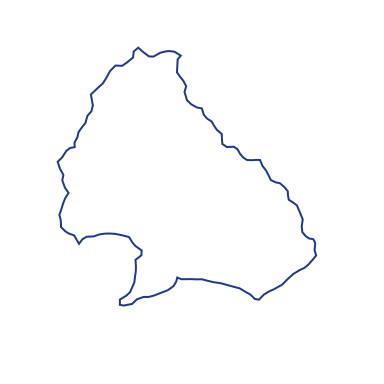 the district of Queiroz, São Paulo, Brazil, rotated 17°
{"feature_id": "56859067B20589699354509", "entity_name": "Queiroz", "entity_type": "district", "adm_level": 2, "iso_a3": "BRA", "parent_name": "Brazil", "parent_adm1": "São Paulo", "projection": "albers", "projection_center": [-50.245, -21.799], "detail": "fine", "context": "isolated", "style": "outline", "palette": "blue", "viewbox_px": 384, "rotation_deg": 17, "n_neighbors": 0, "source": "geoboundaries", "source_scale": "gbopen_adm2", "svg_char_len": 1987}
<svg xmlns="http://www.w3.org/2000/svg" viewBox="0 0 384 384"><g transform="rotate(17 192 192)"><path d="M54.7,202.4L58.9,208.3L64.0,213.3L64.6,218.9L69.3,225.1L74.2,229.0L72.6,234.7L72.1,240.3L72.1,247.9L71.8,252.5L74.7,257.3L77.1,263.9L82.2,266.6L86.2,267.7L92.0,268.0L99.1,274.6L101.0,269.3L104.3,265.6L111.0,263.2L115.9,259.6L120.6,257.4L125.3,255.8L130.7,254.5L138.0,253.8L144.9,253.5L149.6,257.6L153.7,260.2L160.9,262.6L162.1,267.3L157.8,273.4L160.3,280.0L161.6,285.1L162.3,290.0L163.3,295.1L162.1,305.8L159.6,310.2L154.5,315.9L156.0,321.0L160.0,320.5L167.4,316.6L170.7,310.7L176.4,306.5L181.5,304.9L186.0,302.1L190.8,298.3L197.6,293.0L201.9,287.3L203.1,282.3L202.9,278.1L207.4,278.5L212.1,277.0L217.3,275.4L222.2,274.1L226.8,272.6L233.2,272.3L239.2,271.9L246.3,270.8L254.3,270.6L260.6,270.4L265.9,270.2L271.8,271.7L277.8,273.0L283.3,275.9L287.5,275.4L290.8,269.0L295.1,264.2L298.2,261.6L305.3,254.3L308.6,247.9L312.9,240.7L318.0,235.0L321.7,231.7L324.7,227.1L327.2,221.5L329.3,216.5L326.2,211.7L324.8,204.8L321.9,201.7L317.4,202.2L313.7,201.0L309.3,198.2L307.0,192.9L305.9,185.8L301.7,180.6L296.2,174.1L291.5,172.4L286.8,171.1L284.9,167.4L283.3,163.2L279.2,160.5L273.5,157.9L269.2,158.3L263.9,157.5L260.0,153.3L256.6,149.9L251.8,146.4L247.7,141.5L243.9,142.6L239.6,144.2L235.2,145.3L231.2,144.2L226.9,141.5L223.0,137.8L218.7,136.5L212.2,138.8L207.0,137.2L205.3,132.9L203.4,127.7L197.6,125.3L194.2,122.6L190.3,118.9L184.8,117.3L180.7,114.7L177.0,109.2L171.7,109.7L165.5,108.3L160.4,105.7L155.6,98.5L155.5,92.5L151.3,88.3L147.1,85.4L142.6,81.9L141.0,75.3L139.5,69.4L141.4,64.9L134.3,63.0L128.8,63.9L125.1,65.6L121.0,68.1L115.5,73.8L111.3,74.9L103.8,72.2L98.4,69.7L95.2,74.6L96.3,80.6L92.3,86.7L88.3,91.8L81.9,93.4L78.3,100.2L76.8,107.5L75.0,114.3L71.9,119.3L69.9,122.8L66.8,128.3L71.9,138.3L72.2,144.2L69.7,149.7L69.9,157.1L67.6,162.9L66.0,168.0L66.4,173.1L65.2,179.0L66.7,183.4L62.5,185.6L59.8,189.4L57.7,196.9L54.7,202.4Z" fill="none" stroke="#1e3a8a" stroke-width="2"/></g></svg>